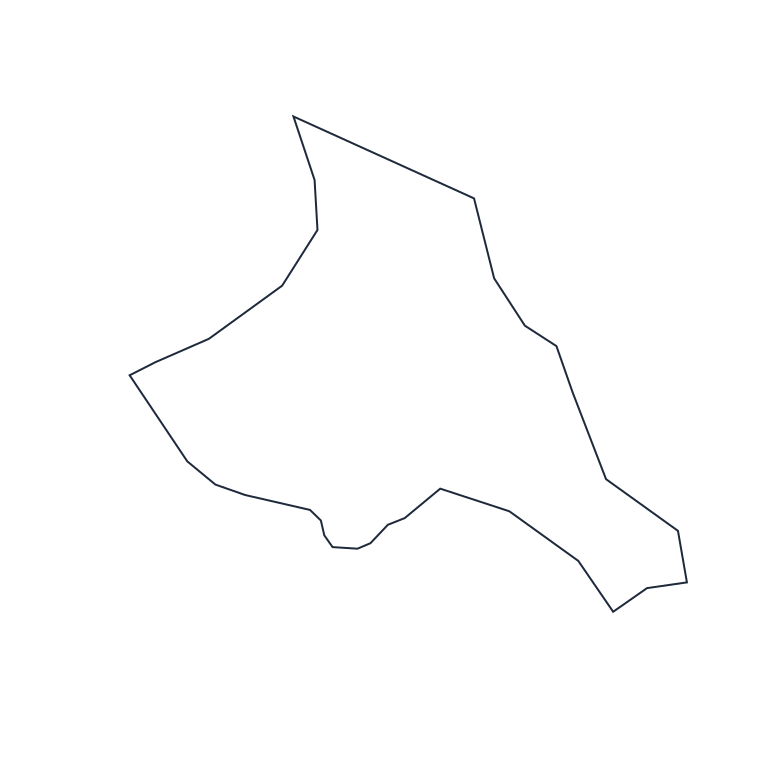 outline of Grand Port, rotated 74°
{"feature_id": "MUS-5185", "entity_name": "Grand Port", "entity_type": "District", "adm_level": 1, "iso_a3": "MUS", "parent_name": "Mauritius", "parent_adm1": "", "projection": "albers", "projection_center": [57.689, -20.397], "detail": "fine", "context": "isolated", "style": "outline", "palette": "slate", "viewbox_px": 768, "rotation_deg": 74, "n_neighbors": 0, "source": "natural_earth", "source_scale": "10m", "svg_char_len": 549}
<svg xmlns="http://www.w3.org/2000/svg" viewBox="0 0 768 768"><g transform="rotate(74 384 384)"><path d="M658.2,147.5L652.7,187.4L666.1,226.5L607.6,246.0L540.9,298.6L500.1,358.8L518.6,401.0L520.4,419.1L533.3,440.9L535.0,454.9L526.6,478.4L513.0,483.1L497.8,482.3L484.7,489.8L452.5,548.0L434.2,573.8L404.2,594.4L305.5,626.1L300.0,597.6L292.3,539.9L261.4,454.8L217.6,405.5L168.8,394.5L101.9,397.3L230.4,246.3L312.8,249.0L366.8,232.5L395.1,207.8L444.0,205.0L536.7,196.8L606.2,141.9L658.2,147.5Z" fill="none" stroke="#1e293b" stroke-width="2"/></g></svg>